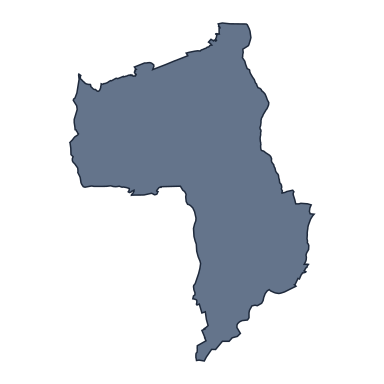 Darmanesti, Arges, Romania (Equal Earth projection)
{"feature_id": "2599482B43149351667502", "entity_name": "Darmanesti", "entity_type": "district", "adm_level": 2, "iso_a3": "ROU", "parent_name": "Romania", "parent_adm1": "Arges", "projection": "equal_earth", "projection_center": [24.892, 44.998], "detail": "fine", "context": "isolated", "style": "filled", "palette": "slate", "viewbox_px": 384, "rotation_deg": 0, "n_neighbors": 0, "source": "geoboundaries", "source_scale": "gbopen_adm2", "svg_char_len": 5810}
<svg xmlns="http://www.w3.org/2000/svg" viewBox="0 0 384 384"><path d="M307.3,242.9L307.5,240.9L307.0,238.8L307.3,234.7L307.2,233.2L307.4,231.2L307.8,228.5L307.9,227.1L308.4,225.1L310.6,219.1L312.6,215.9L314.1,214.2L310.2,213.8L309.4,211.5L309.9,207.9L311.2,204.9L307.6,203.8L300.8,203.3L299.1,203.8L298.0,203.9L295.7,203.8L294.8,199.8L293.4,195.4L293.2,194.3L293.2,193.2L293.9,191.8L292.7,190.2L286.5,191.6L285.4,192.3L282.0,193.1L281.9,192.6L282.4,190.9L281.5,189.4L281.3,188.8L281.7,187.5L281.7,186.6L281.4,185.9L281.5,185.2L281.1,184.6L280.7,183.7L279.6,182.7L279.7,182.0L279.4,181.0L279.4,179.9L278.8,178.1L278.5,175.6L278.2,174.7L277.7,173.9L277.1,173.4L276.5,172.5L275.7,171.4L275.0,168.1L274.3,167.0L273.9,165.8L273.8,164.9L271.8,162.2L271.6,161.5L271.4,160.5L271.6,158.8L270.7,156.5L269.5,155.2L265.8,152.8L263.7,151.1L261.8,150.6L261.2,150.0L260.9,149.3L260.7,147.9L260.6,145.7L260.9,144.7L260.7,143.6L260.7,142.6L260.4,141.7L260.1,138.6L260.3,136.5L260.5,135.9L260.7,134.7L260.6,133.1L260.7,132.2L261.0,131.3L260.9,130.0L260.2,129.2L259.9,127.6L260.6,125.7L261.0,122.5L261.0,120.4L261.3,119.2L261.5,118.1L262.7,116.1L263.2,114.6L265.4,111.0L266.0,109.9L266.9,108.9L267.9,106.7L268.6,104.9L268.8,102.6L267.3,99.8L266.4,97.2L265.1,94.1L264.1,92.9L262.3,91.1L261.7,90.9L261.2,89.5L259.8,88.3L258.0,87.7L256.8,85.2L256.6,84.1L255.7,83.2L255.3,82.5L254.3,79.6L252.6,77.2L250.4,73.4L249.8,71.8L249.6,70.1L249.3,69.7L247.2,68.6L245.6,64.3L244.8,61.2L242.4,57.7L242.7,56.4L242.7,54.8L243.2,52.4L242.8,49.2L248.2,45.8L248.8,44.9L250.3,40.0L250.9,37.6L250.0,31.2L249.2,28.8L247.3,24.8L246.2,24.0L230.0,23.8L222.3,23.0L218.2,23.9L218.8,25.5L218.6,26.4L219.0,26.7L219.5,26.7L219.7,27.0L220.0,27.8L219.1,27.8L219.1,32.5L219.3,34.0L216.8,33.7L216.2,33.7L215.7,33.9L215.7,34.1L217.8,34.4L217.1,34.7L216.7,35.0L216.4,37.3L215.7,38.7L215.8,39.2L215.8,39.8L216.5,40.2L216.5,40.5L215.7,41.1L214.3,40.0L213.5,40.9L211.0,39.3L208.5,42.1L210.4,43.5L211.8,45.1L209.8,45.5L209.2,46.4L208.7,46.9L207.2,47.2L206.0,48.2L204.1,48.8L203.6,49.2L201.2,50.0L200.2,51.0L197.6,50.8L194.6,51.2L189.1,52.3L186.2,53.1L187.5,55.0L187.3,55.1L187.7,55.8L173.8,61.2L165.6,64.6L152.7,69.6L153.9,66.3L153.7,64.8L151.5,63.1L149.9,62.6L148.0,62.7L146.5,63.0L144.5,63.0L134.4,67.0L134.9,67.6L135.3,68.5L135.8,69.0L136.3,69.4L134.9,70.2L135.3,71.1L135.0,71.2L134.4,72.1L134.6,72.9L135.6,73.7L136.2,74.6L136.2,74.8L135.3,75.0L135.3,76.0L133.1,76.2L132.8,75.5L132.6,75.5L132.2,75.1L131.6,75.4L131.1,74.9L130.8,75.4L130.3,75.0L129.8,75.3L129.5,75.1L129.1,75.1L128.3,75.3L127.0,75.9L126.3,76.2L125.7,76.2L125.2,76.5L123.5,76.8L123.3,76.4L118.4,78.4L117.3,78.6L116.7,78.3L116.0,78.3L111.4,80.8L111.0,80.8L110.6,80.6L109.3,81.3L107.3,82.7L105.1,83.5L103.8,83.6L103.1,84.1L102.6,84.2L101.9,84.1L101.2,83.8L101.1,85.2L100.7,86.6L100.7,87.5L100.3,88.7L99.7,90.1L99.1,90.8L98.4,91.3L97.4,91.2L96.5,90.5L95.5,89.5L94.6,89.5L93.7,89.3L92.5,88.3L91.9,87.5L91.1,86.9L90.7,86.4L90.8,85.6L90.6,84.9L90.2,84.4L89.6,84.4L89.0,84.5L86.6,84.0L85.5,83.5L85.2,83.1L84.8,83.0L84.4,82.7L84.0,82.0L82.8,81.1L81.8,79.9L80.9,79.3L80.6,78.8L80.4,77.9L80.3,77.1L80.4,76.3L80.8,75.5L78.9,74.1L78.6,74.9L79.1,79.3L76.9,92.9L75.0,98.0L73.6,99.1L73.3,100.4L76.7,105.8L77.2,109.4L76.4,112.2L74.2,119.4L74.2,122.5L74.9,127.1L75.1,129.7L76.2,130.0L76.5,131.1L77.0,131.5L77.2,132.0L77.6,132.8L77.7,133.2L78.1,133.6L78.3,133.6L78.5,133.9L77.6,135.1L75.0,136.7L73.8,138.0L72.5,139.8L69.9,142.5L70.0,142.6L70.2,143.9L70.8,148.3L71.0,154.6L73.1,156.7L72.3,158.8L72.4,160.8L73.1,162.2L74.8,163.9L77.7,168.0L78.0,171.1L77.8,172.5L79.5,175.9L80.2,177.5L81.0,182.7L81.8,184.5L83.3,186.7L85.0,187.2L90.8,186.1L91.9,186.0L93.9,186.4L103.1,186.4L106.7,186.3L110.7,185.8L113.2,186.5L115.5,186.7L117.0,186.6L119.3,186.2L121.1,186.9L122.1,187.2L123.4,187.0L126.6,187.6L129.3,188.5L129.2,190.1L128.7,191.3L128.3,191.6L128.2,191.8L129.3,192.5L129.6,192.5L130.6,192.2L131.1,192.0L131.9,191.1L132.6,191.0L133.1,190.5L133.4,190.5L134.0,190.2L134.0,191.3L133.0,193.1L131.5,194.7L131.4,195.3L132.4,195.1L142.7,195.0L144.3,194.9L151.5,193.3L152.7,193.7L153.5,194.3L154.7,194.8L155.6,194.6L156.8,194.2L157.2,193.5L157.5,192.7L158.0,191.6L157.3,191.5L156.8,191.2L156.6,191.0L156.7,190.6L158.8,187.8L159.7,187.3L161.1,187.3L161.1,186.7L180.4,186.2L182.8,190.2L184.3,191.3L185.2,192.4L186.1,194.5L185.7,196.8L186.2,201.6L187.6,204.3L188.9,204.6L190.5,205.6L192.8,207.9L194.6,211.8L196.0,218.1L195.8,220.9L194.6,223.9L193.5,228.4L194.0,236.5L195.2,241.1L196.3,244.2L196.7,251.2L198.2,256.8L200.0,261.1L200.6,263.5L199.9,268.4L198.6,273.6L195.2,283.6L193.7,285.5L193.5,286.7L193.9,289.8L195.0,292.8L194.9,294.9L193.5,295.9L192.8,298.8L194.1,299.0L196.1,299.7L196.7,300.2L196.8,300.5L196.8,302.7L196.6,303.6L196.4,304.1L197.0,305.0L199.3,304.1L201.9,313.0L205.3,311.8L206.4,319.5L208.1,325.6L206.0,327.5L204.3,328.6L204.8,329.0L201.9,330.4L205.0,337.8L204.7,337.9L206.0,340.8L197.3,345.7L197.2,348.2L197.3,349.5L197.1,352.2L196.1,353.3L195.9,354.9L195.9,357.6L196.2,358.6L196.5,360.5L199.0,360.1L204.3,361.0L206.3,357.1L211.6,349.4L215.6,349.5L222.4,341.3L229.1,341.3L232.2,337.8L237.4,336.4L240.4,333.4L236.9,327.5L237.0,325.0L237.7,323.6L239.6,321.8L242.1,320.6L247.5,320.0L249.0,317.8L249.0,312.8L249.5,310.3L251.9,305.9L255.0,305.2L257.3,305.7L261.6,303.3L263.1,300.6L263.7,297.6L265.2,293.6L267.2,290.9L269.2,289.6L270.6,290.9L274.4,292.6L275.7,293.0L278.9,293.5L280.9,293.1L284.6,291.9L296.0,286.2L294.5,284.7L295.1,284.5L298.0,278.4L299.4,279.0L301.2,274.8L301.7,274.3L302.5,272.9L302.9,273.0L304.4,272.6L305.6,272.2L305.9,271.7L304.1,270.9L304.3,270.7L304.9,269.7L305.7,268.1L307.0,267.2L307.3,265.9L308.4,264.4L307.4,264.2L304.2,264.3L305.7,261.4L306.2,259.8L306.4,257.3L306.0,255.0L306.6,253.0L308.6,249.5L308.8,245.4L308.1,243.8L307.3,242.9Z" fill="#64748b" stroke="#1e293b" stroke-width="1.5"/></svg>